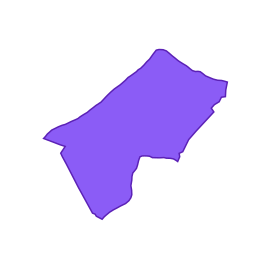 Bahr-Azoum, Salamat, Chad, rotated 212°
{"feature_id": "50815135B73615292321578", "entity_name": "Bahr-Azoum", "entity_type": "district", "adm_level": 2, "iso_a3": "TCD", "parent_name": "Chad", "parent_adm1": "Salamat", "projection": "natural_earth1", "projection_center": [20.375, 10.976], "detail": "fine", "context": "isolated", "style": "filled", "palette": "violet", "viewbox_px": 256, "rotation_deg": 212, "n_neighbors": 0, "source": "geoboundaries", "source_scale": "gbopen_adm2", "svg_char_len": 1558}
<svg xmlns="http://www.w3.org/2000/svg" viewBox="0 0 256 256"><g transform="rotate(212 128 128)"><path d="M68.6,161.5L63.7,187.1L67.9,189.0L67.1,193.6L64.8,198.2L64.6,198.5L65.1,203.6L62.0,206.2L65.2,212.0L68.1,219.6L70.4,219.0L73.8,217.9L77.3,216.0L81.4,214.7L85.4,214.0L89.9,213.3L93.8,213.8L96.6,214.0L98.7,213.1L100.8,211.6L103.8,210.8L106.7,211.1L109.4,211.5L111.7,211.7L115.3,211.6L119.2,211.6L121.5,211.7L125.0,212.2L128.7,212.6L131.1,213.0L136.3,213.7L139.7,213.0L143.3,211.0L145.3,209.0L145.8,204.2L146.2,197.8L147.2,193.9L147.8,189.9L148.9,185.3L150.2,182.8L150.7,180.3L152.4,176.1L153.6,173.2L154.7,170.9L155.5,167.0L156.8,162.7L157.6,160.2L158.8,157.4L160.3,153.8L161.6,149.5L162.6,145.5L163.3,142.3L164.6,135.6L167.1,130.2L168.5,126.3L169.7,123.2L170.8,119.6L172.8,115.8L174.6,112.0L175.4,109.6L176.8,107.4L179.6,103.4L181.2,100.8L183.1,97.8L185.3,95.4L187.7,92.1L189.6,89.0L191.6,85.8L192.4,82.8L193.2,80.2L193.5,77.1L194.0,74.4L176.7,77.8L171.5,79.1L171.7,71.0L168.5,68.9L160.9,64.6L137.7,50.8L137.3,50.6L116.2,38.8L113.0,37.0L112.0,37.2L110.2,37.5L108.1,36.4L101.6,36.9L101.1,40.1L100.4,42.5L99.0,46.8L96.9,51.1L95.0,54.3L93.0,57.9L90.0,62.7L88.7,66.8L88.6,70.3L89.4,73.4L92.0,77.2L95.0,80.6L97.1,85.7L98.9,88.9L100.1,92.4L99.7,95.4L99.4,98.2L100.3,101.7L101.8,106.1L102.6,109.9L101.2,111.8L99.1,113.2L97.2,114.3L94.8,115.5L91.6,115.8L88.4,117.7L85.5,119.4L81.8,122.0L79.6,122.7L76.1,124.7L73.1,125.9L70.3,126.0L68.1,125.9L68.9,131.0L71.2,133.6L69.0,136.9L70.4,150.3L68.6,161.5Z" fill="#8b5cf6" stroke="#5b21b6" stroke-width="1.5"/></g></svg>